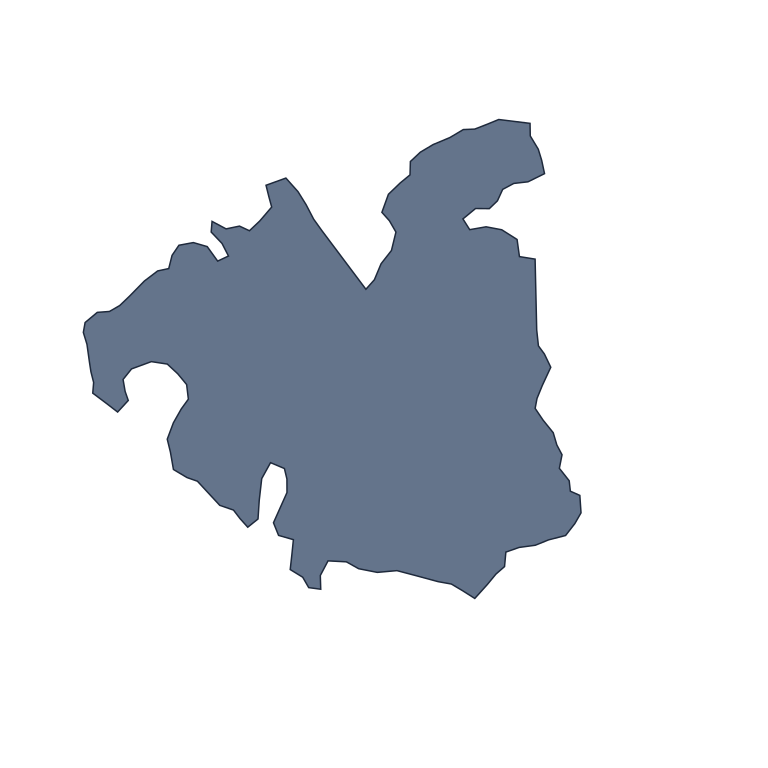 outline of Alto Alegre, Rio Grande do Sul, Brazil, rotated 240°
{"feature_id": "56859067B94197304698655", "entity_name": "Alto Alegre", "entity_type": "district", "adm_level": 2, "iso_a3": "BRA", "parent_name": "Brazil", "parent_adm1": "Rio Grande do Sul", "projection": "albers", "projection_center": [-52.981, -28.807], "detail": "fine", "context": "isolated", "style": "filled", "palette": "slate", "viewbox_px": 768, "rotation_deg": 240, "n_neighbors": 0, "source": "geoboundaries", "source_scale": "gbopen_adm2", "svg_char_len": 1911}
<svg xmlns="http://www.w3.org/2000/svg" viewBox="0 0 768 768"><g transform="rotate(240 384 384)"><path d="M485.9,628.2L498.9,632.4L510.2,635.0L525.7,634.7L536.7,640.8L555.7,615.6L557.3,603.7L559.4,590.0L564.7,579.9L564.5,564.3L566.8,546.3L566.6,531.4L563.5,518.1L552.1,511.1L550.0,498.5L546.1,482.7L533.7,468.0L522.7,470.3L509.6,470.3L495.9,457.2L489.6,441.6L479.1,427.8L475.1,415.7L547.8,406.9L561.9,405.5L578.3,406.2L593.6,405.7L611.4,402.0L615.1,381.2L604.0,378.0L593.4,375.2L587.3,357.9L584.0,344.1L593.0,337.8L597.3,324.8L610.8,316.4L602.0,310.3L586.7,314.0L572.6,313.3L573.6,301.4L591.4,299.6L601.8,289.6L606.7,275.8L601.4,264.8L591.6,255.3L595.1,244.5L593.0,228.0L587.3,207.5L584.1,194.4L584.1,182.5L589.4,171.5L586.7,155.9L579.0,149.4L566.9,146.6L550.1,139.8L541.1,136.3L530.5,133.3L521.7,127.2L508.6,132.8L492.9,139.3L497.6,154.3L507.0,156.1L518.4,160.3L523.3,172.9L519.7,193.7L509.6,206.3L495.9,210.5L482.2,212.8L468.7,207.0L463.8,196.0L455.7,182.2L444.6,168.7L431.9,165.0L415.2,158.9L401.5,166.6L393.1,173.8L361.0,181.1L350.1,190.6L339.5,192.0L328.1,194.4L330.1,207.4L345.5,217.7L363.2,230.8L372.6,246.4L360.6,255.5L350.2,252.4L338.5,245.7L319.1,218.9L305.6,217.0L294.5,227.7L282.3,218.9L270.2,210.0L257.3,217.0L245.3,217.0L237.9,226.6L250.0,233.1L258.8,247.1L248.8,262.5L236.7,269.7L224.2,284.0L215.9,301.9L202.2,315.7L185.8,332.0L177.1,342.3L166.6,348.2L152.9,355.4L158.7,373.3L163.4,385.9L165.6,397.1L177.5,405.5L174.9,419.3L168.7,434.4L166.7,448.7L162.0,465.5L167.7,479.5L173.9,490.2L189.6,497.9L198.0,491.8L207.6,496.0L223.3,493.7L233.7,502.8L244.8,503.2L257.2,506.2L273.2,503.7L287.3,502.7L295.0,509.3L303.6,520.4L315.1,536.8L329.8,537.9L339.8,536.8L354.5,543.3L416.6,577.3L426.6,565.0L442.6,571.5L458.7,563.1L469.1,551.0L474.8,535.4L487.5,534.9L490.2,551.0L483.2,562.9L485.9,573.8L493.2,584.1L492.8,596.7L487.1,609.8L485.9,628.2Z" fill="#64748b" stroke="#1e293b" stroke-width="1.5"/></g></svg>